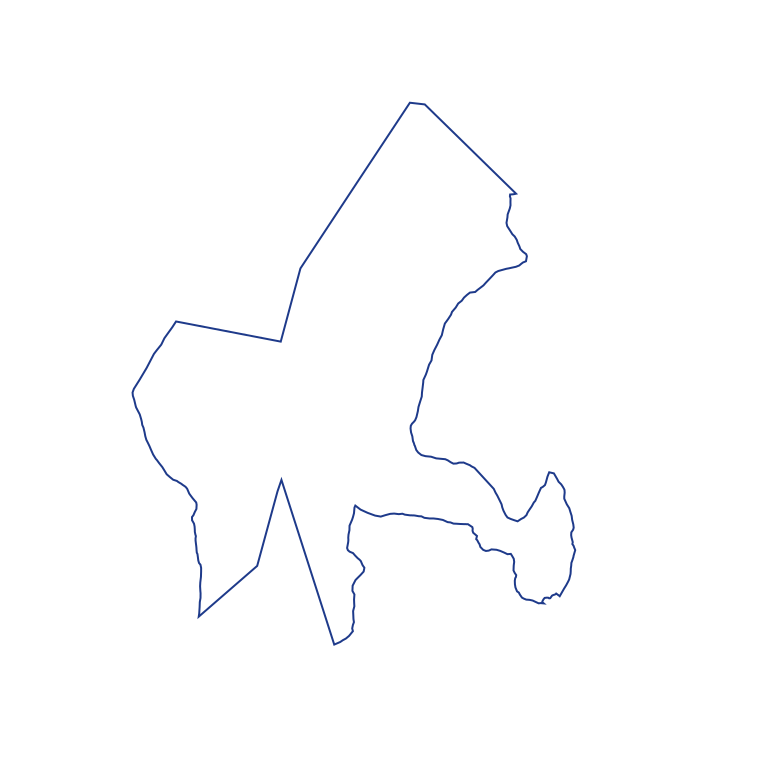 San Miguel Piedras, Oaxaca, Mexico (Robinson projection), rotated 198°
{"feature_id": "50627088B74444100420384", "entity_name": "San Miguel Piedras", "entity_type": "district", "adm_level": 2, "iso_a3": "MEX", "parent_name": "Mexico", "parent_adm1": "Oaxaca", "projection": "robinson", "projection_center": [-97.237, 16.979], "detail": "fine", "context": "isolated", "style": "outline", "palette": "blue", "viewbox_px": 768, "rotation_deg": 198, "n_neighbors": 0, "source": "geoboundaries", "source_scale": "gbopen_adm2", "svg_char_len": 4966}
<svg xmlns="http://www.w3.org/2000/svg" viewBox="0 0 768 768"><g transform="rotate(198 384 384)"><path d="M446.3,659.5L471.9,567.2L499.2,468.1L495.3,392.4L504.2,391.3L601.1,379.2L602.9,372.5L604.8,366.6L607.0,359.7L608.0,352.6L610.6,345.8L612.1,341.5L614.7,326.0L617.8,312.3L620.4,302.1L620.5,298.2L619.2,295.2L616.7,291.8L613.4,286.4L612.5,285.1L606.9,279.6L604.0,275.4L602.6,273.1L601.3,270.4L599.3,268.2L596.8,264.1L594.9,260.6L592.8,257.5L590.7,255.4L588.0,252.6L585.4,249.6L581.8,245.6L577.9,242.3L576.5,241.5L573.6,239.4L569.2,236.5L566.6,234.3L562.8,231.0L558.8,229.3L554.9,227.8L551.0,227.8L549.3,227.2L545.7,226.4L544.5,225.9L543.3,225.6L541.0,224.9L538.9,223.6L536.7,221.1L535.4,219.6L533.5,218.2L530.8,216.3L528.1,214.6L526.0,213.3L524.9,211.3L523.8,207.2L524.4,203.7L524.7,200.3L525.5,198.1L524.7,195.9L524.4,195.0L523.5,194.3L521.5,192.4L520.1,189.9L518.9,186.9L518.2,184.9L516.9,182.6L515.9,181.2L515.5,178.8L514.8,176.8L513.6,174.2L512.6,172.1L511.8,170.3L510.9,168.0L509.9,165.7L508.9,164.7L507.5,161.8L506.1,158.8L504.6,156.6L502.7,155.4L501.1,152.6L500.0,149.2L498.5,144.0L497.4,138.5L496.4,134.8L494.7,130.4L493.8,128.3L492.4,123.8L491.8,119.7L490.4,114.8L488.8,108.5L488.3,105.5L448.4,171.8L452.1,249.0L451.9,261.1L350.8,120.8L345.9,125.1L344.0,127.6L341.6,130.1L339.4,133.6L337.2,139.3L338.7,141.7L339.1,145.1L339.0,148.2L340.4,151.0L343.2,158.5L343.5,163.4L344.7,166.5L345.9,169.8L347.1,174.7L350.1,177.5L351.5,182.5L350.5,188.8L349.1,191.6L347.3,195.1L345.4,199.3L345.7,201.9L345.9,203.2L348.3,205.0L349.4,206.2L351.3,208.4L353.1,209.4L355.2,210.2L358.6,212.0L361.2,213.6L364.9,213.9L367.0,214.8L368.4,216.6L368.8,219.6L369.2,222.6L369.7,224.7L370.5,226.8L371.2,229.7L371.7,234.3L373.0,238.6L372.4,245.1L372.4,248.1L372.6,251.8L373.9,257.4L373.7,259.5L367.5,257.3L359.8,256.4L351.8,256.1L346.1,256.9L342.3,259.6L338.0,262.4L334.3,263.9L329.7,264.8L326.4,266.3L323.8,266.2L318.9,267.1L314.4,268.4L310.1,269.0L307.5,269.7L304.3,269.2L299.1,270.2L295.4,271.4L291.0,272.3L286.0,272.9L283.3,272.6L280.8,272.3L278.0,272.9L274.8,272.7L271.5,273.6L268.7,274.3L265.5,275.2L260.8,276.6L255.8,275.2L255.0,274.0L254.4,271.7L253.2,270.1L248.6,268.2L248.4,265.0L247.0,264.2L245.1,262.3L243.6,261.1L242.0,258.8L238.4,256.9L235.5,256.7L232.9,257.9L230.7,259.9L225.8,261.1L222.0,261.2L217.6,260.8L214.0,260.3L210.9,261.6L209.4,260.4L206.6,257.9L205.2,255.0L204.9,253.3L204.5,251.3L203.2,246.7L201.3,244.7L199.2,243.1L198.9,241.2L199.2,239.8L198.8,237.3L197.6,234.0L196.1,231.1L193.4,227.9L191.3,227.3L189.7,225.7L186.8,223.5L184.8,223.1L182.1,222.9L178.8,223.7L175.7,224.0L170.9,223.4L169.1,223.2L167.4,224.0L164.3,224.7L165.0,225.0L165.5,224.7L166.1,224.5L166.2,224.9L166.1,226.9L165.7,228.7L165.1,230.2L163.2,231.1L161.7,231.5L160.7,231.2L159.7,231.7L158.8,234.6L157.8,235.6L156.5,236.5L155.8,237.2L155.5,237.9L151.5,236.6L151.3,236.5L149.5,245.1L148.6,248.7L148.3,250.3L147.8,253.1L147.5,255.4L147.9,261.0L148.6,263.8L149.3,266.1L149.8,269.0L150.5,271.8L150.4,274.3L150.4,277.9L150.6,279.1L150.8,285.1L151.1,285.5L152.5,287.1L153.7,288.7L155.4,290.0L155.6,291.9L156.7,293.6L158.2,295.9L159.3,298.1L160.0,300.8L159.1,303.9L159.2,306.0L160.6,309.0L163.1,313.0L164.8,316.6L167.4,320.2L169.4,323.1L173.0,326.1L177.1,330.6L177.8,332.7L178.6,336.5L179.6,339.0L180.2,339.7L181.9,341.3L184.4,343.3L187.8,345.0L190.0,347.2L194.8,351.5L199.6,351.1L199.9,346.4L199.6,340.3L199.7,337.6L201.2,335.2L202.6,333.7L203.2,328.3L203.6,323.5L204.0,319.6L204.9,317.6L205.7,313.3L206.8,309.6L207.7,306.3L208.0,303.3L209.7,300.2L211.9,298.0L214.5,294.7L217.8,294.7L221.7,294.8L225.3,295.2L227.9,297.1L231.2,300.4L233.4,303.2L235.0,305.9L237.4,308.4L241.8,312.9L244.3,315.1L247.2,318.2L272.0,332.2L275.3,332.7L277.2,333.3L281.1,333.6L284.0,333.9L288.3,332.4L290.3,330.9L293.4,329.7L296.4,330.2L299.7,331.1L302.5,331.4L311.4,329.4L316.8,329.4L322.2,328.2L326.5,328.0L330.3,329.4L332.9,331.2L335.6,334.8L336.2,335.3L336.9,336.4L338.0,337.9L338.4,338.1L339.1,339.3L340.9,343.0L343.3,346.3L345.0,349.9L345.6,352.6L345.1,354.9L343.9,357.3L343.2,359.1L342.9,362.5L343.4,368.6L344.1,372.8L344.2,378.7L344.2,383.7L345.2,387.5L346.2,392.7L347.2,397.7L347.8,400.0L347.1,405.9L347.0,409.2L347.1,416.3L346.1,421.1L347.1,426.7L346.6,431.8L345.6,437.8L345.0,443.3L344.1,448.3L344.6,454.2L344.8,460.3L343.8,463.3L343.0,465.8L341.7,470.6L341.6,473.6L339.4,478.9L338.3,483.5L335.8,487.2L334.6,490.9L332.6,494.4L330.5,497.5L325.7,499.7L324.1,502.4L319.9,508.5L318.4,511.9L316.0,516.9L314.3,520.5L312.5,524.5L310.2,526.8L303.2,531.4L300.8,532.7L298.1,534.3L294.8,536.2L292.0,538.5L290.7,540.6L289.4,542.5L286.9,544.6L287.6,549.7L288.9,551.4L292.7,552.7L296.1,554.5L297.8,556.8L300.5,559.7L302.3,562.1L305.3,564.7L308.2,566.1L310.7,568.2L315.6,572.2L317.3,575.1L318.1,580.6L318.8,583.5L318.7,586.7L318.6,589.8L318.9,593.0L320.0,596.2L321.0,599.6L322.3,601.5L322.6,603.2L320.1,604.2L318.9,604.8L317.2,605.8L418.5,656.0L431.6,662.5L446.3,659.5Z" fill="none" stroke="#1e3a8a" stroke-width="2"/></g></svg>